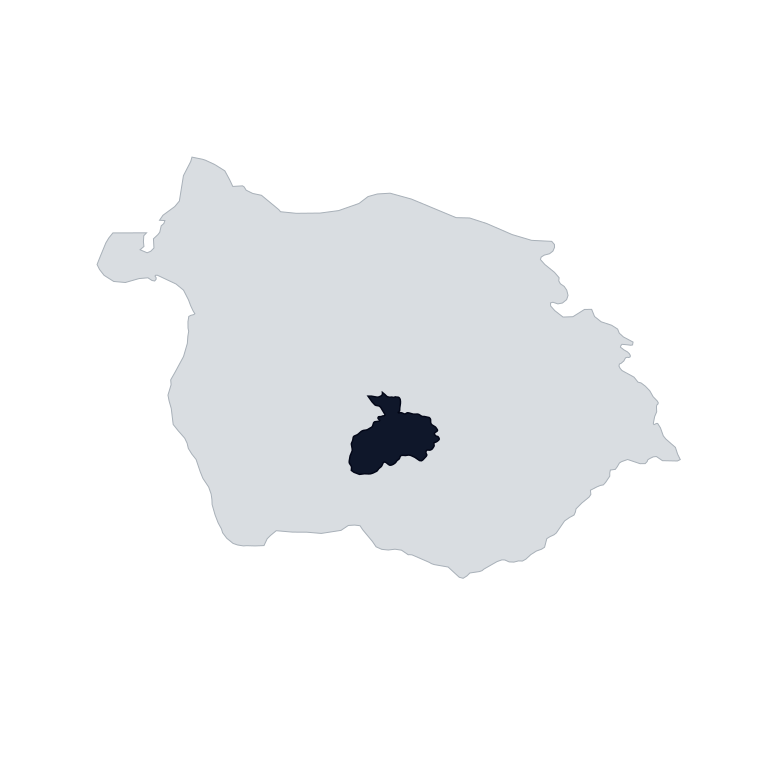 Mures on a map of Romania (Natural Earth projection), rotated 192°
{"feature_id": "ROU-299", "entity_name": "Mures", "entity_type": "County", "adm_level": 1, "iso_a3": "ROU", "parent_name": "Romania", "parent_adm1": "", "projection": "natural_earth1", "projection_center": [24.648, 46.583], "detail": "fine", "context": "in_parent", "style": "filled", "palette": "ink", "viewbox_px": 768, "rotation_deg": 192, "n_neighbors": 0, "source": "natural_earth", "source_scale": "10m", "svg_char_len": 5938}
<svg xmlns="http://www.w3.org/2000/svg" viewBox="0 0 768 768"><g transform="rotate(192 384 384)"><path d="M592.7,425.6L599.6,434.1L608.3,438.6L628.4,443.3L630.2,442.8L630.4,441.9L629.0,440.6L628.7,439.1L629.7,437.1L632.4,437.0L637.0,438.8L645.5,436.2L658.1,429.5L669.7,428.1L680.4,432.1L686.0,436.8L689.5,441.2L688.6,446.7L688.0,450.1L685.4,464.2L683.6,469.5L680.6,475.4L647.7,482.5L649.8,479.1L648.9,473.1L647.4,468.6L650.5,464.6L643.0,463.1L639.8,465.3L637.3,469.2L639.7,478.1L636.2,483.1L634.9,485.8L634.8,492.4L632.7,495.2L632.3,498.3L637.6,497.5L635.3,503.1L625.6,514.0L622.2,520.4L623.5,546.1L619.3,561.5L619.0,566.0L608.4,566.1L605.3,565.8L595.3,563.5L584.0,559.4L577.3,551.5L573.0,545.8L563.6,548.4L561.8,547.7L559.1,544.9L552.0,543.1L543.1,543.1L523.2,532.7L521.0,531.0L505.4,532.7L482.1,537.9L464.4,544.2L446.0,555.4L438.6,564.0L430.0,568.5L417.7,571.9L395.7,570.6L372.7,566.3L348.1,561.7L334.8,564.2L316.8,562.3L289.7,556.8L269.5,555.2L249.6,558.4L246.3,555.9L245.6,553.1L246.4,549.1L249.2,545.8L254.0,543.4L256.6,540.9L256.9,538.3L251.5,534.3L240.5,528.7L235.9,525.2L234.8,524.3L234.5,521.2L232.3,518.7L228.0,516.9L224.7,513.7L222.4,508.9L222.9,504.5L226.3,500.3L230.6,498.5L235.8,499.1L238.0,497.9L237.2,494.9L232.1,491.2L222.8,486.7L213.2,489.1L203.4,498.6L196.4,500.2L192.1,493.8L184.5,490.0L173.6,488.8L166.9,486.3L164.4,482.6L159.6,479.8L149.1,476.8L149.0,473.9L150.7,473.2L154.5,472.9L159.5,472.3L160.3,470.7L160.4,469.2L156.5,467.3L152.5,466.0L150.4,464.7L149.1,463.3L148.8,461.8L150.0,460.8L151.6,460.7L153.2,459.8L154.2,456.4L156.4,453.5L157.9,452.5L157.9,450.4L156.3,448.4L154.1,446.7L150.9,445.7L140.9,442.7L135.9,438.6L132.8,438.5L127.9,436.2L122.6,432.6L118.1,427.5L113.2,424.2L111.9,422.8L111.8,421.5L112.8,420.1L112.8,418.5L111.5,413.5L112.5,408.3L112.4,403.3L112.3,401.1L111.4,400.4L110.5,401.1L109.3,402.1L108.1,402.3L104.5,398.6L100.0,391.3L96.9,388.8L90.9,385.4L85.8,382.6L82.2,376.4L78.5,371.7L81.0,369.7L95.7,366.9L102.5,369.7L105.5,368.7L108.5,366.4L110.2,364.7L110.5,362.8L112.0,360.4L117.0,359.3L130.0,360.8L135.4,357.5L137.3,355.7L138.6,351.7L140.0,348.6L144.7,346.9L144.7,344.0L144.0,340.8L146.8,333.8L148.5,330.9L151.2,329.8L154.4,327.6L160.0,323.0L158.7,319.0L159.9,316.0L165.7,308.8L170.2,301.8L170.2,298.4L170.9,295.3L174.8,292.0L178.9,287.6L184.5,274.1L186.4,271.8L189.9,269.2L192.6,266.6L193.0,257.7L195.5,255.2L200.2,252.3L204.9,247.7L208.8,242.2L211.8,239.6L215.7,238.9L219.9,236.8L224.6,236.0L229.2,237.0L232.1,236.5L236.5,233.8L247.7,223.8L249.3,221.8L251.6,220.4L260.7,217.0L263.0,213.5L266.2,210.4L270.2,210.6L283.2,218.3L297.3,217.8L299.9,218.1L300.7,218.3L302.4,218.9L321.1,222.7L324.0,222.3L324.8,222.0L332.3,225.1L338.9,224.7L345.3,222.5L351.8,221.8L357.9,223.1L362.5,227.5L374.4,236.9L378.0,240.4L383.4,239.9L389.5,238.2L395.6,231.9L414.3,224.8L428.7,223.0L442.7,220.1L458.9,218.1L463.5,212.3L466.1,208.3L467.8,201.0L476.5,198.8L484.8,197.3L487.8,196.4L493.8,196.1L498.5,196.7L505.7,200.4L510.9,204.9L512.9,208.5L517.3,213.6L522.0,220.8L527.1,230.4L528.3,235.2L530.2,240.4L534.1,246.8L541.3,253.8L542.3,255.2L545.6,260.1L552.1,271.1L557.4,275.5L562.0,280.3L564.3,285.2L567.7,289.6L575.5,295.4L581.8,300.6L587.0,315.8L590.7,322.8L593.0,328.2L592.1,339.0L593.5,343.7L590.8,352.2L585.8,369.2L584.8,382.8L585.8,390.1L586.0,394.9L587.3,397.9L588.7,404.1L589.0,409.5L587.2,411.0L584.6,412.3L583.6,413.4L586.0,415.9L589.4,420.4L592.7,425.6Z" fill="#d9dde1" stroke="#a8b0b8" stroke-width="1"/><path d="M320.3,343.8L318.9,342.5L318.5,341.6L318.8,340.6L320.1,338.9L321.0,338.1L322.3,337.3L322.8,336.9L322.8,336.0L322.6,335.3L322.3,334.6L322.1,333.9L322.3,333.0L323.0,331.2L323.6,330.1L324.7,329.2L325.5,328.8L327.8,328.5L328.4,328.0L328.9,327.1L328.8,325.7L328.4,324.9L327.8,324.2L327.4,323.6L327.4,322.9L327.7,322.0L330.1,318.0L330.8,317.2L331.4,316.7L333.3,316.5L338.6,318.7L342.9,319.7L344.3,319.7L345.3,319.6L348.2,318.5L350.5,318.2L351.7,317.9L352.6,317.4L353.0,316.7L353.2,315.9L353.3,315.0L353.5,314.1L353.9,313.4L355.1,312.1L355.5,311.5L356.1,310.0L356.7,309.0L358.1,307.5L359.6,306.4L360.8,305.9L361.6,305.8L362.3,306.0L363.1,306.3L365.0,307.3L366.0,307.7L367.2,307.8L367.9,307.5L368.4,306.9L368.9,304.6L369.2,303.4L369.7,302.4L371.4,300.3L371.7,299.7L372.6,297.7L373.1,297.1L376.3,294.6L378.4,293.4L380.1,292.9L384.3,292.2L389.2,290.5L395.0,291.4L398.0,292.7L398.4,295.8L398.7,296.4L399.3,297.3L400.7,298.6L401.4,299.4L401.8,300.3L402.0,301.6L402.2,306.6L401.2,312.1L401.6,313.9L403.0,317.3L403.2,317.8L403.5,318.6L403.4,319.7L403.0,321.5L402.9,323.0L403.0,325.2L402.9,326.0L402.4,326.8L399.6,328.8L398.7,329.8L396.4,332.9L395.6,333.6L394.5,334.3L391.8,335.3L390.9,335.8L387.1,339.2L386.6,340.0L386.4,340.9L386.1,343.9L385.7,344.6L385.1,345.2L381.1,346.6L380.6,347.2L380.6,347.7L382.4,348.8L382.8,349.4L382.8,350.2L382.5,350.8L381.7,351.1L380.2,351.5L379.6,351.8L379.2,352.1L378.6,352.5L377.1,353.0L376.7,353.5L376.6,354.0L377.0,354.7L382.1,360.2L383.3,361.1L384.5,361.5L387.5,361.4L388.6,361.7L392.0,364.1L397.1,368.8L393.8,369.5L387.9,369.7L387.0,370.0L386.1,370.4L384.7,371.5L384.0,372.1L383.6,373.0L383.4,373.7L383.8,375.4L380.7,373.8L380.0,373.3L379.0,372.7L378.2,372.3L376.7,372.2L375.9,372.2L375.0,372.4L374.5,372.6L373.7,372.8L371.7,372.9L371.3,373.0L370.6,373.6L370.1,373.8L368.6,373.8L367.8,374.0L367.0,374.0L366.1,373.6L365.0,372.4L364.3,370.5L363.9,368.4L363.6,363.8L363.2,361.6L363.2,360.8L363.6,360.1L364.0,359.6L364.2,359.1L363.9,358.8L363.4,358.8L362.1,359.3L361.2,359.5L360.0,359.4L358.3,359.0L357.4,359.0L356.6,359.4L356.2,359.9L355.7,360.4L354.9,360.8L353.6,360.9L349.1,360.6L347.1,361.0L346.0,361.3L344.8,361.6L343.6,361.5L340.1,360.2L337.7,360.6L332.9,360.6L331.9,360.0L331.4,359.5L331.0,358.8L330.4,356.2L329.8,355.0L328.5,354.0L324.9,352.7L324.3,352.3L322.3,350.4L322.0,349.8L322.3,348.8L322.9,348.2L323.6,347.6L324.1,346.9L324.4,346.2L324.3,345.6L324.0,345.2L323.3,344.5L322.3,343.9L320.3,343.8Z" fill="#0f172a" stroke="#020617" stroke-width="1.5"/></g></svg>